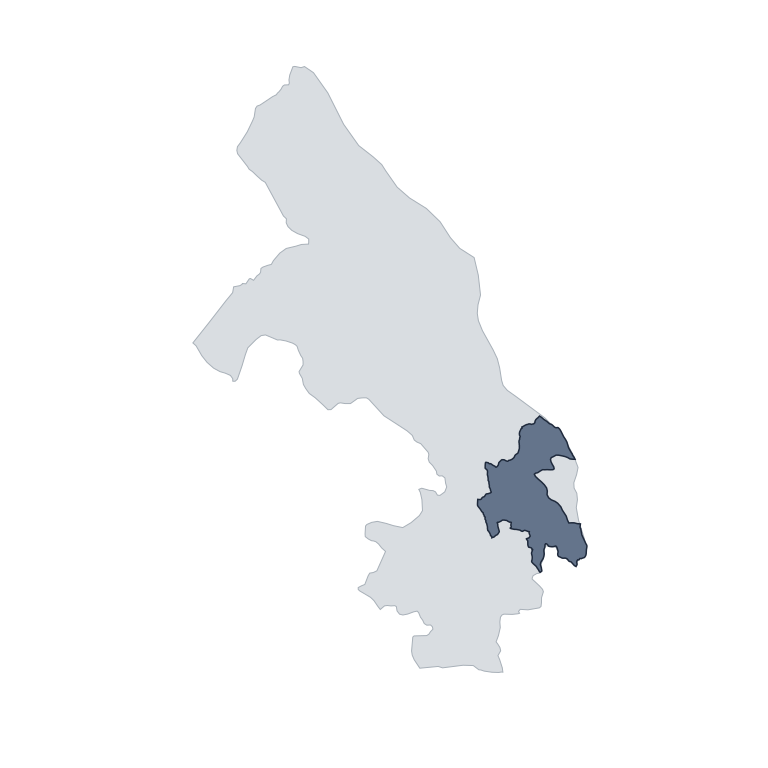 Pool on a map of Republic of the Congo (Natural Earth projection), rotated 308°
{"feature_id": "COG-3341", "entity_name": "Pool", "entity_type": "Region", "adm_level": 1, "iso_a3": "COG", "parent_name": "Republic of the Congo", "parent_adm1": "", "projection": "natural_earth1", "projection_center": [14.821, -3.811], "detail": "fine", "context": "in_parent", "style": "filled", "palette": "slate", "viewbox_px": 768, "rotation_deg": 308, "n_neighbors": 0, "source": "natural_earth", "source_scale": "10m", "svg_char_len": 9665}
<svg xmlns="http://www.w3.org/2000/svg" viewBox="0 0 768 768"><g transform="rotate(308 384 384)"><path d="M182.1,587.2L185.3,577.6L187.7,573.2L190.6,570.1L202.3,562.5L204.0,562.8L212.1,572.6L214.6,573.4L217.5,573.1L220.9,573.5L222.5,571.6L222.8,569.1L220.3,566.2L220.0,563.2L221.7,559.9L222.7,556.3L225.2,552.0L225.4,549.9L222.8,547.7L217.3,544.3L213.6,541.1L212.2,538.0L213.2,534.0L216.2,530.8L216.0,529.0L213.4,526.1L211.5,523.0L209.5,521.0L204.0,519.9L205.1,515.7L207.1,509.5L207.6,504.8L206.0,492.4L206.2,490.2L207.7,489.0L210.9,490.4L214.2,492.3L223.1,489.6L226.2,489.2L228.8,491.6L232.4,493.4L253.0,488.3L253.4,483.0L254.6,478.2L254.7,474.7L253.9,472.4L252.8,470.6L252.2,467.1L252.2,463.2L254.2,461.4L260.7,456.9L262.8,457.0L267.4,459.5L271.7,463.4L275.5,471.6L278.2,478.7L282.4,487.2L291.4,490.7L302.1,492.9L307.9,492.3L316.2,485.1L320.9,479.4L322.4,476.3L325.1,477.9L328.2,485.4L330.2,488.3L330.7,491.0L329.3,494.5L330.7,496.7L336.4,498.3L341.5,496.8L343.7,493.7L347.5,489.8L347.5,486.4L345.5,484.2L345.5,481.2L347.6,478.9L349.7,472.5L350.3,467.8L352.3,464.8L356.1,462.7L357.4,460.8L359.6,449.7L358.5,445.6L358.5,442.3L360.9,438.0L361.3,431.1L358.9,403.5L362.6,381.5L362.3,378.7L359.6,375.3L356.4,372.1L347.9,369.6L344.7,365.5L342.3,361.2L340.5,359.8L331.2,358.0L329.2,355.6L330.0,348.6L330.8,338.2L330.5,331.0L332.2,325.2L334.0,320.8L338.1,316.2L340.3,310.8L341.5,309.4L349.2,308.5L352.0,306.3L354.2,304.0L355.2,300.9L357.8,295.8L360.2,292.3L360.4,289.9L359.9,286.7L357.6,280.3L354.8,274.9L353.1,273.0L349.7,260.4L346.5,257.4L340.3,255.8L328.7,254.4L321.7,256.7L311.0,260.9L297.6,265.5L294.5,265.0L293.1,263.1L295.1,261.5L296.2,257.7L294.8,252.2L292.8,247.2L291.6,240.1L292.1,231.3L294.1,223.1L298.4,212.4L298.7,208.1L324.5,208.3L352.2,208.2L362.8,208.5L368.0,205.7L372.8,209.9L375.2,210.8L376.0,210.5L377.9,213.5L383.9,213.1L384.9,213.8L385.4,217.4L391.0,217.3L393.8,218.1L396.0,218.0L399.3,215.9L401.6,216.6L405.9,219.3L408.9,221.6L413.2,220.9L423.0,221.3L430.6,223.5L438.2,229.6L443.2,233.1L447.8,238.4L449.4,237.4L451.9,235.4L451.8,230.9L449.3,223.3L448.3,216.8L448.9,211.5L450.8,207.7L454.1,205.4L454.5,201.3L469.8,166.3L469.3,162.2L469.7,156.2L470.4,149.5L470.2,145.5L471.3,142.7L475.3,126.9L477.5,124.2L480.8,122.4L485.7,122.3L498.6,121.0L510.5,118.4L514.5,117.3L522.0,113.1L524.9,112.9L527.4,114.5L541.9,119.3L545.9,121.2L547.3,120.9L549.5,121.3L552.9,121.4L556.2,120.8L558.3,121.4L561.0,124.6L562.8,124.2L565.1,121.9L569.5,119.5L577.9,116.9L579.3,118.1L582.2,123.9L585.2,125.9L585.9,136.8L578.8,160.5L563.8,192.3L556.3,217.3L556.3,235.7L555.5,247.2L553.0,254.2L547.2,273.2L546.3,289.5L548.4,309.4L546.4,328.3L540.2,346.2L537.5,360.2L539.1,377.2L527.8,391.3L513.5,405.3L504.3,409.3L497.1,414.0L492.0,419.4L486.6,428.8L478.1,448.9L473.7,457.7L467.9,465.2L459.3,474.4L456.2,478.8L454.9,485.1L455.4,496.7L456.3,531.9L452.5,559.0L444.0,577.9L437.7,588.3L431.3,591.5L423.0,594.4L419.0,597.9L416.6,603.2L411.9,607.7L405.0,611.6L396.4,621.2L385.9,636.5L378.8,645.2L374.9,647.5L370.9,647.7L366.8,645.8L363.4,645.6L361.6,646.4L358.9,644.3L359.0,640.8L358.5,635.0L356.5,629.0L361.0,620.5L360.6,618.6L358.5,615.5L356.1,611.1L353.8,611.4L349.0,614.8L344.0,617.4L339.3,618.5L333.6,622.7L330.4,622.7L328.7,621.1L324.8,619.5L322.7,620.1L321.5,620.8L320.6,631.0L319.8,635.4L318.4,637.5L312.6,639.7L308.7,642.7L305.3,644.7L303.2,644.2L294.7,636.5L290.3,630.1L287.6,630.0L286.8,632.0L285.5,631.1L281.4,626.9L276.5,620.2L274.7,619.2L272.0,619.3L267.8,621.8L263.6,625.6L256.1,629.1L249.8,631.1L249.2,633.5L247.7,637.6L245.6,640.2L240.1,641.0L238.1,644.7L233.2,651.9L230.1,655.1L229.2,653.7L227.3,652.0L223.3,646.5L219.4,639.6L218.3,636.4L217.2,634.7L217.1,627.7L211.1,619.5L196.4,604.9L194.8,600.6L182.1,587.2Z" fill="#d9dde1" stroke="#a8b0b8" stroke-width="1"/><path d="M454.5,526.3L454.7,528.6L454.5,531.7L454.8,535.2L454.6,538.6L454.8,539.6L455.3,540.8L455.3,542.2L455.0,544.9L455.3,546.2L455.9,547.0L456.5,547.5L456.8,548.1L456.7,549.6L456.4,550.8L455.7,552.6L453.1,558.0L452.0,561.3L450.8,564.0L447.4,568.7L445.2,573.9L444.8,575.3L444.1,576.2L443.2,579.1L442.3,580.9L441.1,579.3L440.3,578.1L439.4,576.6L439.2,574.4L438.4,571.6L437.1,568.7L435.4,565.4L433.9,563.4L430.9,562.1L429.0,561.1L427.1,561.6L425.6,563.4L424.5,565.6L423.2,568.8L421.9,570.3L420.5,569.9L418.8,567.9L416.9,565.2L415.4,563.5L414.1,561.7L411.7,560.7L408.7,559.7L407.0,558.3L405.5,558.0L404.4,560.2L404.0,564.2L403.8,568.4L403.3,572.4L402.2,576.1L400.2,578.6L397.2,580.6L395.7,583.8L395.7,587.1L396.8,591.0L397.0,594.3L396.1,599.0L394.4,602.2L393.1,606.0L392.1,608.9L389.7,612.4L388.3,615.2L390.2,617.4L391.7,619.4L393.0,622.4L394.7,624.9L391.9,626.6L391.4,627.3L391.1,628.1L386.9,632.8L382.5,641.3L382.1,642.4L381.6,643.3L380.7,644.1L378.2,645.4L374.6,647.9L373.0,648.6L371.0,648.8L370.4,648.6L368.7,647.4L368.0,647.1L367.8,647.0L367.3,646.1L367.1,645.8L366.6,645.8L365.5,645.9L365.2,645.6L364.8,644.9L363.8,644.9L362.7,645.2L362.1,645.6L361.0,647.0L360.3,647.4L359.3,647.5L358.4,647.7L358.1,645.8L359.0,641.0L358.8,640.4L358.5,639.8L358.3,639.2L358.3,638.5L358.4,637.9L358.8,636.8L358.9,636.2L358.7,634.6L358.1,633.6L357.3,632.8L356.5,631.6L356.0,629.2L355.6,627.8L355.7,627.3L356.1,626.4L357.0,625.5L359.0,624.5L359.6,623.8L360.3,622.8L361.2,621.6L361.9,620.4L362.1,619.2L361.7,618.8L359.9,617.4L358.8,616.0L357.9,614.5L357.6,613.6L357.6,613.2L357.7,612.9L358.0,612.0L358.1,611.2L358.1,610.5L357.9,610.0L357.6,609.7L356.6,609.8L354.3,611.3L351.9,612.0L350.8,612.8L348.7,614.9L346.7,616.0L344.7,616.8L339.9,617.4L337.9,618.4L336.3,620.8L336.2,621.0L335.3,621.9L334.3,623.1L333.8,623.5L333.3,623.5L331.7,623.0L332.1,621.2L332.7,620.1L332.8,619.7L333.1,618.7L333.2,618.3L333.8,616.8L334.0,616.2L334.3,612.0L334.7,610.1L334.8,609.9L335.1,609.6L335.4,609.3L336.2,609.1L338.1,608.0L339.4,606.9L341.0,604.9L341.5,604.4L342.3,604.0L344.1,603.5L344.9,603.1L344.5,602.6L345.4,601.9L345.5,600.8L344.5,598.4L345.2,597.1L345.9,596.3L348.6,594.1L349.0,593.7L349.1,593.1L349.4,591.9L349.7,591.5L350.1,591.7L351.9,592.9L354.1,592.9L354.4,592.6L355.2,591.1L356.0,590.0L356.4,589.7L357.1,589.4L356.4,588.1L355.9,586.3L355.3,584.9L354.3,584.3L353.3,584.0L352.8,583.2L352.6,582.2L352.6,581.1L350.8,577.7L349.7,576.2L348.2,573.1L348.1,572.2L348.3,572.1L348.9,572.4L349.7,572.3L350.2,571.8L350.9,570.8L351.3,570.6L351.7,570.4L353.1,569.6L353.3,569.5L353.2,569.2L353.0,568.7L352.5,568.1L352.4,567.6L352.1,566.2L352.1,565.3L352.0,564.8L351.8,564.3L351.4,563.7L350.9,562.7L350.6,562.2L350.2,561.8L349.9,561.3L349.1,560.9L347.9,560.6L345.9,559.6L345.5,559.3L344.9,558.6L344.5,558.5L344.2,558.8L343.8,559.7L343.5,560.0L342.4,560.9L342.0,561.3L338.9,565.5L338.5,565.8L338.0,565.9L335.7,566.1L335.2,566.1L334.7,565.9L333.8,565.4L333.2,565.2L331.7,565.0L331.2,564.9L329.2,563.6L329.8,563.2L330.0,563.0L330.1,562.7L330.2,562.2L330.1,561.5L330.1,561.3L330.2,561.2L330.8,560.6L331.1,560.1L331.8,558.7L332.0,558.0L332.4,557.1L332.5,556.7L332.5,556.4L332.4,556.3L332.4,556.2L332.5,556.0L332.7,555.7L333.9,554.4L334.7,553.8L335.0,553.6L337.2,550.9L337.4,550.5L337.7,549.7L338.0,549.3L338.2,549.0L339.1,548.4L339.2,548.2L339.6,547.1L339.7,546.8L340.0,546.6L340.5,546.2L341.2,545.9L341.4,545.7L341.4,545.3L341.3,545.0L341.3,544.7L341.7,544.3L342.0,544.0L342.2,543.6L342.7,542.3L342.9,542.0L343.4,541.6L343.6,541.4L343.6,541.2L343.6,540.7L343.6,539.9L343.8,539.2L344.6,537.1L345.5,533.4L345.7,532.9L345.9,532.5L346.9,531.6L350.8,528.9L352.1,530.9L353.2,531.5L354.9,531.3L355.6,531.5L356.8,532.3L357.2,532.4L357.6,532.4L358.2,532.3L360.0,532.2L360.3,532.3L360.6,532.5L360.8,532.7L361.0,532.9L361.4,533.3L362.0,533.8L363.5,534.8L364.3,535.1L364.8,535.1L365.0,534.9L365.6,533.6L366.5,532.7L366.8,532.2L367.6,530.5L367.8,530.3L367.9,530.2L368.9,529.5L370.2,528.0L370.6,527.6L371.5,526.9L371.7,526.6L372.0,525.8L372.0,525.6L372.3,525.3L373.8,524.1L375.4,522.4L375.7,521.9L375.8,521.7L376.4,521.1L378.3,519.8L378.8,519.4L379.3,518.9L379.4,518.7L379.5,518.6L379.6,518.3L379.8,517.5L379.8,517.2L379.8,516.1L379.9,515.7L380.1,515.4L380.5,515.1L381.7,514.2L382.2,513.8L383.9,512.7L384.5,512.4L384.9,512.4L385.1,512.6L385.3,512.9L385.6,513.7L386.0,514.2L386.1,514.5L386.1,514.9L386.0,515.9L386.1,516.2L386.3,516.4L386.7,516.8L386.8,517.0L386.9,517.3L387.0,517.7L387.0,518.1L387.0,519.7L387.4,521.7L387.5,522.0L387.3,522.8L387.3,523.1L387.4,523.5L387.7,523.7L388.2,523.9L389.3,524.0L390.2,524.0L391.3,523.6L392.5,523.0L392.9,522.9L396.3,523.3L396.8,523.5L397.1,523.6L397.2,523.9L397.5,524.4L398.1,525.0L398.2,525.3L398.3,525.6L398.6,527.5L398.9,528.4L399.0,528.7L399.2,528.9L399.4,529.1L399.7,529.2L400.6,529.3L400.9,529.5L401.1,529.7L401.2,529.9L401.3,530.0L401.6,530.3L402.3,530.6L402.5,530.7L402.7,530.8L403.7,531.3L405.8,531.7L406.4,531.7L407.4,531.4L408.4,531.2L409.0,531.2L409.5,531.3L411.4,531.9L411.9,532.0L412.3,532.0L416.2,530.5L416.9,530.1L418.2,529.0L418.5,528.9L418.9,528.5L419.7,527.7L420.1,527.3L420.4,527.2L420.6,527.0L421.1,526.3L421.5,526.0L422.2,525.5L422.8,525.2L424.0,524.9L424.4,524.6L424.5,524.5L424.8,524.2L425.0,524.1L425.4,524.0L426.0,523.8L426.4,523.7L426.7,523.4L426.7,523.1L427.0,522.5L427.1,522.3L427.3,522.0L427.8,521.7L428.4,521.1L429.2,520.7L429.7,520.4L433.2,519.6L433.6,519.7L434.1,520.0L434.3,519.9L434.7,519.4L435.0,519.1L435.3,519.2L435.6,519.5L436.4,519.8L437.1,520.1L437.7,520.3L439.2,521.0L439.9,521.4L440.5,522.0L441.0,522.3L441.3,522.4L441.5,522.5L442.1,523.2L442.3,523.4L442.4,523.6L442.6,523.9L442.8,524.9L443.0,525.1L443.5,525.4L443.7,525.5L443.9,525.7L444.1,526.0L444.4,526.2L444.8,526.5L445.7,526.6L446.4,526.7L446.5,526.6L446.8,526.4L447.2,526.2L447.7,525.9L448.7,525.7L449.3,525.6L449.7,525.6L451.1,525.8L452.3,526.1L454.5,526.3Z" fill="#64748b" stroke="#1e293b" stroke-width="1.5"/></g></svg>